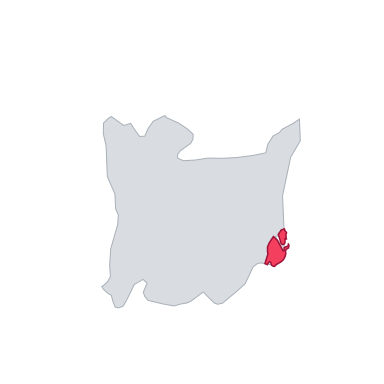 Montenegro, with Herceg Novi highlighted, rotated 234°
{"feature_id": "MNE-1506", "entity_name": "Herceg Novi", "entity_type": "Municipality", "adm_level": 1, "iso_a3": "MNE", "parent_name": "Montenegro", "parent_adm1": "", "projection": "orthographic", "projection_center": [18.544, 42.482], "detail": "fine", "context": "in_parent", "style": "filled", "palette": "rose", "viewbox_px": 384, "rotation_deg": 234, "n_neighbors": 0, "source": "natural_earth", "source_scale": "10m", "svg_char_len": 1926}
<svg xmlns="http://www.w3.org/2000/svg" viewBox="0 0 384 384"><g transform="rotate(234 192 192)"><path d="M168.7,63.5L168.4,65.4L169.0,71.0L171.6,76.4L180.6,81.9L193.8,92.8L209.5,112.9L216.7,118.9L223.2,120.3L235.8,128.5L244.5,130.4L254.3,132.6L280.0,149.7L291.5,154.6L299.8,161.0L300.8,167.3L300.5,171.1L285.9,175.9L283.5,182.8L276.3,182.2L267.7,182.3L264.9,186.7L269.2,193.8L272.0,202.2L270.1,213.8L269.4,215.3L267.3,215.0L255.2,221.9L246.2,225.2L238.0,226.9L234.1,223.7L232.1,219.4L232.3,206.7L230.8,202.4L227.9,200.3L222.4,203.4L216.0,213.3L210.1,224.8L201.1,236.8L193.7,248.3L185.7,262.8L180.3,274.7L186.1,281.4L189.7,290.7L188.7,297.7L189.8,301.8L188.1,314.0L187.8,321.8L169.7,309.6L162.2,292.3L135.8,263.1L105.7,243.2L104.1,240.0L105.7,236.2L107.2,233.1L100.9,232.9L96.6,235.3L92.5,234.6L87.8,227.2L83.4,220.7L83.2,214.9L85.2,214.2L88.2,211.9L94.5,205.6L95.7,202.2L95.4,197.2L86.6,181.2L85.4,170.8L84.1,151.5L86.0,146.9L89.2,144.7L104.5,142.3L104.3,127.2L105.2,122.7L108.3,116.4L110.2,110.7L118.7,102.5L130.2,92.7L135.2,92.4L139.6,93.7L144.6,102.1L150.1,101.0L151.1,90.9L144.0,77.7L140.1,69.3L141.3,64.7L143.9,62.2L150.0,63.7L155.9,66.0L159.5,64.4L165.3,63.2L168.7,63.5Z" fill="#d9dde1" stroke="#a8b0b8" stroke-width="1"/><path d="M90.0,237.2L90.2,234.9L89.6,233.2L87.6,232.0L86.8,231.5L85.3,229.7L84.1,227.6L83.3,225.2L83.2,222.5L83.8,217.5L83.3,215.0L84.5,213.9L85.8,213.4L87.1,213.5L88.4,214.3L89.6,214.2L90.0,213.2L89.7,211.8L88.9,210.3L91.2,208.9L93.1,211.4L97.0,216.7L100.0,218.5L103.2,220.8L105.6,224.9L108.1,231.7L102.9,232.7L90.7,231.1L90.7,232.3L92.9,233.9L91.9,238.4L93.9,239.7L91.6,238.9L90.0,237.2ZM108.6,241.8L108.0,245.0L107.3,245.0L106.3,244.4L103.8,244.7L103.3,244.4L102.7,243.4L101.3,242.3L99.7,241.3L98.5,240.8L98.8,240.3L98.8,240.1L99.4,239.7L96.5,237.6L95.6,236.1L96.2,234.3L97.7,233.8L107.1,236.9L108.0,239.6L108.8,241.8L108.6,241.8Z" fill="#f43f5e" stroke="#9f1239" stroke-width="1.5"/></g></svg>